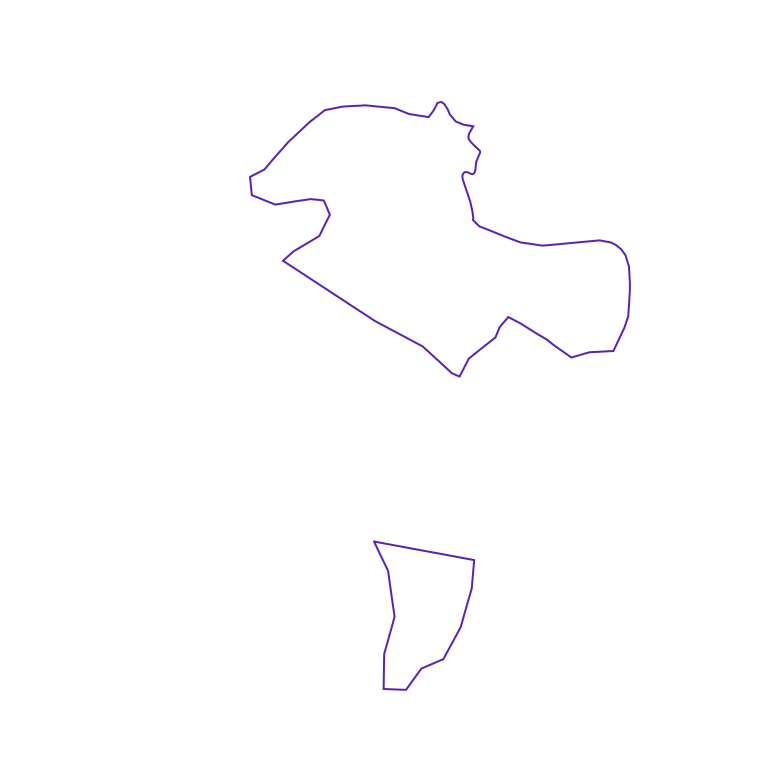 the district of At Tyal, Sana'a, Yemen, rotated 22°
{"feature_id": "15242507B91957266097282", "entity_name": "At Tyal", "entity_type": "district", "adm_level": 2, "iso_a3": "YEM", "parent_name": "Yemen", "parent_adm1": "Sana'a", "projection": "mercator", "projection_center": [44.543, 15.27], "detail": "fine", "context": "isolated", "style": "outline", "palette": "violet", "viewbox_px": 768, "rotation_deg": 22, "n_neighbors": 0, "source": "geoboundaries", "source_scale": "gbopen_adm2", "svg_char_len": 2458}
<svg xmlns="http://www.w3.org/2000/svg" viewBox="0 0 768 768"><g transform="rotate(22 384 384)"><path d="M451.3,348.8L451.4,347.3L452.2,339.0L453.1,328.7L461.3,314.1L464.5,308.5L466.4,305.1L469.4,299.9L469.9,299.0L469.9,288.4L471.2,284.2L473.3,278.0L474.1,275.6L474.1,275.4L477.8,275.7L488.1,276.7L494.0,277.8L504.0,279.6L505.8,279.9L509.4,280.5L511.1,280.7L511.8,280.8L519.4,282.0L526.5,284.3L547.8,289.2L562.6,277.6L584.3,267.5L584.9,257.4L585.8,242.0L585.1,229.8L584.0,226.5L582.8,222.7L579.0,211.4L577.3,206.2L574.5,199.0L571.9,193.5L567.1,183.3L559.5,174.0L553.2,170.1L546.3,168.1L541.3,167.8L535.0,169.1L530.2,170.0L479.3,196.3L466.8,199.3L459.2,201.2L457.3,201.6L441.9,202.0L421.9,202.0L413.3,202.1L405.1,198.6L404.8,198.4L404.7,196.8L401.8,191.7L400.9,190.3L395.5,182.4L389.7,175.7L383.1,168.0L380.4,164.8L378.7,161.7L378.6,160.3L379.0,158.0L380.1,156.9L382.4,156.4L385.7,156.5L387.4,156.4L388.4,155.2L388.8,153.6L388.4,150.7L386.3,143.8L386.3,138.1L386.4,135.4L386.4,133.1L385.5,131.9L383.1,130.9L378.4,129.1L374.8,127.5L372.4,126.3L370.0,124.2L369.1,120.7L369.6,116.0L370.2,111.6L361.1,113.7L352.1,113.7L351.5,113.4L347.5,111.2L343.9,109.3L340.2,105.5L335.0,101.8L333.2,101.4L332.9,101.4L331.3,101.1L328.3,103.3L327.6,111.5L326.9,114.2L325.4,119.8L313.9,122.5L312.1,122.9L306.1,124.3L304.7,124.3L290.5,124.3L277.6,128.1L277.0,128.3L262.3,132.6L256.9,135.2L252.7,137.1L244.8,140.8L241.6,142.4L229.6,150.3L226.7,152.1L224.0,156.8L217.1,168.6L211.9,179.8L204.6,195.5L201.7,203.8L199.5,210.0L198.0,214.2L196.4,218.8L194.9,223.6L192.8,229.9L184.0,240.1L182.2,242.2L184.6,246.7L185.3,248.1L190.7,258.4L197.1,258.4L205.0,258.4L207.5,258.4L211.8,258.4L215.7,258.4L216.0,258.4L216.5,258.1L223.4,253.9L234.1,247.4L239.3,244.4L246.8,240.0L258.6,236.6L259.4,236.4L259.6,236.5L270.4,247.3L269.6,257.0L268.7,269.7L268.6,271.0L257.9,285.1L253.5,290.9L250.5,294.7L244.2,307.6L275.5,313.8L298.2,318.3L305.5,319.8L306.9,320.0L322.7,323.2L336.5,325.9L352.1,329.0L352.3,329.0L370.9,331.0L392.0,333.2L404.9,334.6L405.8,334.7L416.7,338.7L429.3,343.4L442.9,348.6L451.3,348.8ZM497.9,666.9L505.8,664.1L519.0,659.3L525.2,633.9L535.7,623.3L542.1,616.9L546.2,580.9L544.6,566.0L541.9,540.6L533.6,513.5L482.4,523.9L479.1,524.6L433.9,533.8L434.0,534.0L434.3,534.3L435.5,535.4L449.3,548.0L457.7,555.6L472.3,580.9L479.9,593.9L480.9,595.8L481.0,595.9L481.0,596.0L481.9,603.2L483.5,617.8L484.4,626.0L485.3,634.3L497.9,666.9Z" fill="none" stroke="#5b21b6" stroke-width="2"/></g></svg>